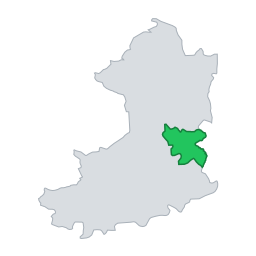 Dinguiraye on a map of Guinea (Natural Earth projection), rotated 87°
{"feature_id": "GIN-5634", "entity_name": "Dinguiraye", "entity_type": "Prefecture", "adm_level": 1, "iso_a3": "GIN", "parent_name": "Guinea", "parent_adm1": "", "projection": "natural_earth1", "projection_center": [-10.675, 11.582], "detail": "fine", "context": "in_parent", "style": "filled", "palette": "green", "viewbox_px": 256, "rotation_deg": 87, "n_neighbors": 0, "source": "natural_earth", "source_scale": "10m", "svg_char_len": 5446}
<svg xmlns="http://www.w3.org/2000/svg" viewBox="0 0 256 256"><g transform="rotate(87 128 128)"><path d="M159.6,177.8L157.4,177.4L156.4,177.9L153.4,182.0L151.6,183.5L148.8,183.0L147.8,183.3L147.0,182.9L148.1,180.7L149.5,176.2L153.2,171.8L153.2,170.9L151.7,168.3L150.2,164.7L150.2,161.0L149.9,158.2L146.6,157.4L146.0,157.0L145.9,156.1L147.8,151.3L147.9,150.4L147.7,149.5L145.7,147.1L142.6,142.6L137.2,133.4L135.2,131.5L133.3,128.7L132.6,126.9L130.6,126.3L111.9,126.4L111.6,128.8L105.2,130.4L101.2,128.5L96.8,129.6L94.6,130.9L93.0,136.2L92.0,137.4L91.1,139.8L90.2,141.1L89.3,143.7L87.2,147.5L85.0,149.9L81.2,151.3L80.0,155.2L79.2,156.7L77.7,157.9L76.2,158.6L73.1,157.8L71.4,158.6L71.1,157.6L72.1,154.4L71.3,152.8L68.4,149.5L68.1,147.9L67.2,145.9L63.4,141.7L59.8,142.0L60.8,138.5L60.7,133.8L59.5,131.2L59.8,128.6L59.2,128.8L58.0,130.6L56.0,130.0L52.1,127.2L50.1,124.5L49.9,122.2L49.5,121.3L48.2,121.8L45.8,121.8L38.3,117.7L33.0,107.4L32.9,105.1L33.6,101.1L33.5,100.0L31.0,102.7L30.5,100.9L28.7,96.8L28.1,94.4L26.4,93.3L24.9,93.2L23.8,93.9L22.3,98.8L21.2,98.7L20.1,97.7L20.3,94.1L23.2,89.6L28.1,78.2L29.8,75.6L30.9,74.7L33.2,74.6L37.7,73.1L43.2,69.6L47.3,69.8L52.3,69.4L58.7,67.0L58.8,59.3L58.6,57.6L56.3,56.1L55.0,54.8L53.9,53.1L52.5,51.9L52.5,50.6L55.4,49.0L58.0,49.0L58.9,48.4L59.5,47.3L60.3,44.6L60.5,41.7L58.8,37.8L58.9,35.0L68.4,35.4L73.6,36.2L77.8,36.4L78.5,37.0L77.9,39.7L78.4,41.3L79.9,41.7L82.2,39.8L83.5,40.2L86.1,42.6L88.6,43.2L91.3,44.5L93.8,45.2L96.1,45.1L97.8,46.4L100.9,46.8L105.0,45.1L108.2,44.4L112.7,44.2L115.0,44.8L121.9,43.4L127.3,44.2L126.4,45.1L124.0,51.2L124.2,52.3L129.7,57.5L131.0,57.8L132.5,57.1L134.9,54.7L136.7,52.2L138.5,50.9L140.6,51.0L142.3,52.8L146.1,60.5L147.1,61.4L148.1,61.4L149.8,60.0L150.6,58.3L154.2,53.2L159.8,50.7L173.1,56.5L175.0,57.0L176.2,56.5L177.8,53.1L182.8,50.2L185.2,49.4L186.6,49.3L187.1,48.3L187.4,46.9L187.1,45.5L185.6,42.9L185.5,42.1L186.4,41.6L188.3,41.3L190.8,41.5L193.5,42.6L195.8,44.3L197.1,46.2L199.6,54.3L202.4,60.6L202.3,69.1L203.5,70.0L204.9,70.3L205.5,71.0L206.9,74.5L208.2,75.5L209.7,75.8L212.6,78.0L214.4,78.9L214.7,79.6L214.6,80.5L213.9,81.7L211.2,84.0L209.8,86.0L207.0,90.9L206.9,91.7L207.5,92.4L208.7,92.5L209.9,92.2L212.5,90.4L214.6,91.1L216.5,92.4L217.2,93.8L217.4,95.6L217.0,98.0L216.9,100.6L217.6,105.1L218.6,109.6L219.7,111.2L226.2,115.2L226.9,116.7L227.2,118.3L226.7,120.6L226.1,121.9L222.5,125.4L221.9,127.1L222.2,130.2L222.5,143.3L223.9,145.6L225.6,146.7L229.5,146.1L229.4,149.7L228.9,153.8L231.2,155.1L232.4,156.3L233.0,157.5L229.4,159.6L228.3,160.9L227.9,164.3L228.0,167.5L232.9,169.8L234.8,172.4L235.6,175.1L235.9,180.3L235.5,181.5L234.2,181.5L231.7,178.4L227.9,178.0L225.1,177.4L220.4,177.8L219.6,178.8L219.1,185.7L220.2,186.8L222.5,188.1L223.9,188.7L225.2,188.5L226.1,189.4L226.3,191.6L225.7,193.3L224.4,194.8L222.9,198.8L223.2,202.4L220.6,208.3L219.8,209.4L216.3,208.2L214.0,207.9L212.3,209.3L210.1,207.1L209.6,205.3L208.8,204.9L207.3,204.9L205.8,205.9L205.2,207.7L204.9,211.5L202.3,215.0L200.5,219.4L198.4,219.0L198.0,219.5L195.8,220.7L193.8,221.0L193.3,219.8L192.2,218.9L191.0,217.0L189.6,215.5L186.9,214.4L185.8,214.9L184.5,214.8L183.7,214.2L183.8,213.3L185.2,211.0L186.0,208.9L186.5,206.6L186.4,204.4L185.7,201.3L184.5,198.8L184.2,197.4L184.3,195.4L184.0,193.5L183.6,192.5L183.1,189.0L182.3,188.3L181.9,185.4L182.1,182.5L181.0,181.4L179.4,180.6L178.4,179.4L177.8,178.2L177.2,177.8L176.7,177.9L176.2,178.7L175.7,178.8L174.7,176.1L174.3,176.0L173.6,176.6L166.0,179.7L165.1,177.1L163.6,176.6L161.1,177.6L159.6,177.8Z" fill="#d9dde1" stroke="#a8b0b8" stroke-width="1"/><path d="M140.0,50.5L140.7,50.7L141.3,51.2L142.4,53.3L143.1,53.8L143.8,54.2L144.3,54.7L144.5,55.7L144.4,56.0L144.2,56.6L144.1,56.8L144.2,57.2L145.0,58.1L146.2,60.7L147.1,61.7L148.3,61.7L148.7,61.4L149.0,61.1L149.3,60.5L149.6,59.9L149.7,59.4L149.9,59.1L150.4,58.7L151.1,58.3L151.5,58.1L151.3,57.4L151.6,57.0L152.2,56.7L152.8,56.2L152.8,55.9L152.7,55.6L152.7,55.2L153.0,55.1L152.9,54.3L152.9,54.0L153.4,53.7L154.8,53.9L155.1,53.4L155.3,53.1L156.3,52.1L156.7,51.8L156.9,52.0L157.1,52.1L157.5,52.3L157.5,51.8L157.7,51.7L157.9,51.7L158.2,51.5L158.3,51.2L158.6,51.3L158.7,51.5L158.8,51.5L158.9,51.1L160.1,50.6L160.3,50.7L160.4,50.9L160.6,51.1L161.6,51.3L162.6,51.9L163.2,52.0L163.9,52.0L164.1,52.0L164.4,52.2L164.8,52.6L165.0,52.7L165.2,52.8L165.3,52.8L165.8,52.9L166.1,52.9L166.4,53.2L167.0,53.7L167.4,53.9L168.0,54.1L169.0,54.7L169.6,54.8L170.1,55.0L171.1,55.9L169.2,57.3L168.0,59.2L165.4,61.5L162.5,63.3L162.3,63.6L162.0,63.9L161.8,64.3L163.5,67.3L164.5,68.4L166.0,70.2L167.1,73.5L167.0,79.2L163.8,79.3L160.8,76.7L158.5,76.2L156.6,77.0L156.2,78.5L157.8,82.9L157.8,85.0L156.9,86.0L154.5,86.1L151.8,86.1L150.9,85.9L150.4,85.0L148.9,84.1L147.5,84.3L147.3,85.8L147.3,88.2L145.7,88.5L143.5,89.0L141.1,91.0L137.9,93.4L136.2,93.9L134.5,93.2L133.6,92.0L133.0,91.2L126.4,91.1L126.2,89.9L129.5,87.3L131.3,85.8L131.3,84.3L130.7,82.4L129.7,81.0L130.8,78.9L131.3,78.4L131.6,78.2L131.9,78.0L132.9,77.6L133.1,77.4L133.2,77.2L133.6,76.8L134.0,76.5L134.4,76.4L134.6,76.1L134.8,75.6L134.6,75.4L132.9,74.4L132.7,74.2L132.4,73.9L132.3,73.7L132.2,73.5L132.2,73.3L132.3,72.9L134.6,69.7L134.7,68.1L134.8,67.2L134.8,66.0L135.1,65.2L135.1,63.8L135.1,61.7L133.8,60.2L133.3,59.0L133.2,57.3L133.5,57.0L133.8,56.3L134.0,55.3L134.2,55.2L134.4,55.2L134.7,55.1L135.1,54.3L135.2,54.1L136.2,53.3L136.5,52.9L136.9,51.4L137.1,51.1L137.5,51.0L138.2,51.0L139.5,50.5L140.0,50.5Z" fill="#22c55e" stroke="#15803d" stroke-width="1.5"/></g></svg>